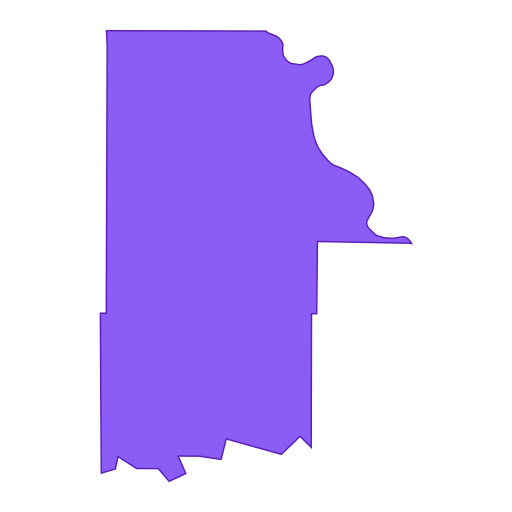 outline of Leavenworth, Kansas, United States of America
{"feature_id": "52423323B85501072071339", "entity_name": "Leavenworth", "entity_type": "district", "adm_level": 2, "iso_a3": "USA", "parent_name": "United States of America", "parent_adm1": "Kansas", "projection": "albers", "projection_center": [-94.929, 39.188], "detail": "fine", "context": "isolated", "style": "filled", "palette": "violet", "viewbox_px": 512, "rotation_deg": 0, "n_neighbors": 0, "source": "geoboundaries", "source_scale": "gbopen_adm2", "svg_char_len": 1222}
<svg xmlns="http://www.w3.org/2000/svg" viewBox="0 0 512 512"><path d="M311.2,447.3L311.5,313.7L316.7,313.7L317.4,242.3L317.6,241.5L409.7,243.2L411.6,243.6L409.9,240.8L407.1,238.2L405.3,237.2L402.7,236.7L393.4,238.4L384.3,237.8L377.5,235.8L375.2,234.6L369.2,228.7L367.8,226.9L366.7,224.1L366.8,221.1L372.2,211.2L373.4,207.0L373.7,203.6L372.4,195.7L369.4,189.5L364.5,183.5L358.2,177.6L350.1,172.4L342.1,168.5L334.0,165.3L330.8,163.2L327.5,160.1L321.3,152.6L317.7,146.8L315.3,140.9L313.7,135.4L312.7,130.0L311.6,124.0L309.7,100.0L310.0,96.8L310.2,95.9L310.6,94.2L312.2,91.8L315.8,88.2L318.4,86.2L320.1,85.5L324.5,84.7L328.8,81.9L331.7,78.5L333.4,73.3L333.3,69.3L332.0,65.3L328.9,59.6L326.0,57.0L323.8,56.2L321.5,55.9L316.3,56.7L310.5,60.5L305.8,63.0L303.2,64.1L300.3,64.8L292.4,63.7L289.7,62.8L289.2,62.4L287.8,61.4L286.1,59.9L283.4,55.7L282.9,53.9L282.6,50.0L282.9,44.2L281.7,41.3L279.2,38.3L276.5,36.2L268.0,32.9L265.9,31.1L106.5,30.7L107.2,44.8L106.3,313.2L100.4,313.2L100.8,395.7L101.1,441.9L101.3,473.1L115.4,468.9L118.0,456.5L136.5,468.5L158.3,468.6L169.1,481.3L185.8,473.5L178.1,456.0L199.6,456.2L221.1,459.4L226.2,438.9L281.3,454.3L300.1,436.3L311.2,447.3Z" fill="#8b5cf6" stroke="#5b21b6" stroke-width="1.5"/></svg>